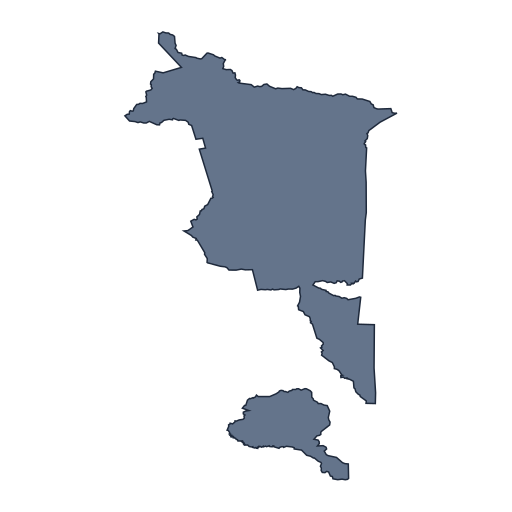 Kasena Nankana West, Upper East, Ghana (Equal Earth projection), rotated 92°
{"feature_id": "2480657B70680953475259", "entity_name": "Kasena Nankana West", "entity_type": "district", "adm_level": 2, "iso_a3": "GHA", "parent_name": "Ghana", "parent_adm1": "Upper East", "projection": "equal_earth", "projection_center": [-1.202, 10.874], "detail": "fine", "context": "isolated", "style": "filled", "palette": "slate", "viewbox_px": 512, "rotation_deg": 92, "n_neighbors": 0, "source": "geoboundaries", "source_scale": "gbopen_adm2", "svg_char_len": 6066}
<svg xmlns="http://www.w3.org/2000/svg" viewBox="0 0 512 512"><g transform="rotate(92 256 256)"><path d="M120.5,391.9L125.5,387.1L125.9,381.5L126.8,378.6L126.0,376.4L127.0,372.8L126.9,370.3L125.2,367.3L128.3,359.7L128.3,357.0L126.4,356.6L125.9,355.1L123.6,352.7L122.4,347.6L122.8,344.2L121.8,344.0L121.4,343.3L123.2,337.8L122.7,336.8L122.9,331.1L124.7,328.4L126.7,327.8L127.8,324.9L141.4,320.1L140.2,313.3L149.9,310.2L151.2,316.4L192.6,302.0L193.1,302.5L196.3,300.9L198.1,301.5L198.9,300.8L199.7,301.7L199.9,303.1L206.3,306.1L208.0,309.0L210.6,309.7L211.4,311.6L212.7,312.1L212.9,313.3L216.4,313.9L219.0,316.5L221.1,316.0L222.0,317.3L221.5,319.1L223.5,322.4L229.2,320.0L233.0,325.0L233.5,328.9L237.8,321.2L239.3,319.9L240.6,316.3L242.1,316.7L242.2,315.2L254.5,307.3L256.1,307.5L260.3,304.6L264.1,304.7L264.5,304.2L267.5,291.3L267.9,286.5L268.7,284.6L271.0,282.5L270.8,275.3L269.6,270.2L270.2,266.2L269.8,259.1L290.1,253.2L289.2,249.8L289.4,245.5L289.0,243.5L289.4,239.9L288.5,238.3L289.2,236.8L288.7,232.1L288.1,230.7L288.5,225.0L287.9,222.6L287.8,218.3L286.7,214.8L284.8,212.2L286.6,211.0L290.9,211.0L294.8,210.1L300.7,210.9L304.4,212.7L304.9,212.0L308.2,211.5L309.9,206.7L313.0,205.0L314.8,200.5L316.7,199.6L318.9,199.5L319.4,198.5L320.8,199.2L322.1,197.2L336.0,192.3L337.1,189.7L340.1,185.9L341.7,185.7L343.6,187.4L344.9,187.0L345.6,188.3L348.1,185.6L349.6,187.3L350.9,186.5L352.8,187.0L358.2,179.5L359.8,176.0L364.0,173.8L365.8,173.8L366.4,171.2L367.7,169.1L371.4,166.4L372.0,166.7L372.2,165.7L372.8,167.1L374.5,166.9L374.0,164.4L375.1,163.1L374.7,160.8L375.1,160.2L375.5,160.5L376.0,158.0L377.8,154.3L384.4,153.5L385.3,152.4L388.2,151.5L390.5,149.1L391.4,147.3L392.8,146.9L397.0,140.7L399.4,140.9L399.3,131.6L388.6,131.7L363.9,134.1L320.5,135.3L320.6,152.0L293.6,149.9L293.3,151.2L294.8,154.8L296.5,162.5L295.2,163.9L294.6,166.4L295.2,168.7L293.6,171.5L293.2,174.8L292.6,175.6L292.9,177.0L290.5,181.9L289.3,182.8L289.0,184.7L287.9,184.8L287.0,189.4L286.0,190.4L285.8,192.3L283.0,198.1L279.6,195.9L279.5,193.2L278.3,188.6L278.9,185.7L280.0,183.9L279.3,180.4L280.6,176.9L279.9,174.9L278.0,174.0L278.3,171.8L279.4,170.4L278.8,169.0L278.0,168.7L277.6,166.7L280.4,163.8L281.8,163.9L281.7,160.6L280.4,159.6L280.4,158.7L279.9,159.2L279.8,157.0L277.6,155.6L278.3,154.8L277.9,153.1L275.4,152.0L274.4,148.9L216.2,148.0L208.8,147.3L178.5,148.5L167.1,149.6L144.1,149.2L143.7,150.1L141.1,150.4L140.7,151.5L139.8,151.8L137.9,150.4L137.2,151.1L134.8,148.9L131.8,148.5L129.7,149.4L129.0,148.3L126.7,147.6L117.9,136.6L108.3,120.1L108.5,122.4L108.0,124.9L104.0,126.4L104.9,139.2L104.6,140.7L103.6,143.3L100.8,144.2L100.0,146.1L97.6,147.6L95.4,155.4L95.5,160.2L93.9,161.6L93.0,165.2L93.1,168.0L91.1,172.2L91.8,174.9L91.1,176.7L91.3,180.1L93.7,184.9L92.8,186.2L93.0,188.4L91.9,192.2L92.4,196.4L91.5,198.7L91.5,201.8L90.5,203.8L90.8,205.0L89.8,206.7L89.7,209.2L88.3,212.5L88.3,214.9L86.3,216.5L86.2,219.0L85.4,220.8L87.1,222.0L88.4,224.2L87.2,227.3L87.8,235.9L87.4,240.1L88.2,242.2L85.9,248.4L83.7,251.1L84.3,254.1L86.3,256.3L86.6,258.2L86.1,260.3L87.3,263.6L84.9,266.8L83.8,278.8L83.3,279.8L82.6,278.4L81.2,278.2L80.5,279.0L81.0,280.4L80.6,281.5L78.5,283.0L75.9,282.8L73.7,283.5L74.0,285.3L71.5,286.5L70.5,288.1L70.8,292.3L69.9,295.7L67.6,294.9L64.8,295.4L61.1,293.6L60.8,292.8L60.9,294.1L58.8,297.1L59.5,298.9L57.5,304.2L56.4,305.5L54.8,311.0L55.0,312.1L60.7,317.1L61.0,318.5L60.3,322.3L59.8,322.9L58.9,330.5L57.6,333.8L58.1,335.2L57.8,336.8L55.9,337.4L55.3,341.1L52.2,342.8L51.5,344.1L48.3,343.2L46.2,344.3L39.4,345.1L38.0,347.0L37.5,349.5L36.2,351.1L36.2,353.9L35.3,356.9L37.3,359.7L37.0,361.1L37.5,360.7L46.6,360.8L70.1,337.1L76.2,355.2L74.8,363.0L76.8,363.5L77.9,364.6L82.6,364.6L85.5,367.2L87.9,367.4L88.4,366.6L90.5,366.7L92.1,365.6L93.8,367.0L95.1,371.2L95.8,371.8L99.0,370.9L100.6,371.7L101.2,371.2L105.8,370.8L107.5,374.6L107.5,377.3L108.5,378.7L108.7,380.5L112.9,383.3L115.2,383.7L115.6,384.8L115.1,386.7L116.2,387.5L118.6,387.6L118.9,389.7L120.5,391.9ZM447.4,252.6L447.9,250.6L447.4,249.5L448.1,249.0L448.2,247.6L447.1,247.8L446.3,246.8L447.0,246.7L446.1,245.3L446.9,243.9L445.9,242.1L446.5,242.0L445.7,239.8L446.2,238.8L445.2,236.2L445.9,236.0L446.1,234.0L446.0,232.7L445.1,232.5L445.2,231.5L446.1,231.2L447.4,226.3L446.3,225.4L445.7,223.7L445.6,222.1L446.3,221.7L445.1,219.0L445.6,213.1L446.3,211.1L447.5,211.1L448.4,203.7L453.4,198.4L454.2,194.5L455.9,191.6L455.8,190.7L458.9,186.7L460.0,183.9L461.1,183.3L463.9,184.3L465.6,183.3L468.1,183.4L470.0,182.2L470.1,179.5L468.8,177.9L469.3,175.9L473.3,174.0L473.7,172.0L476.0,171.3L476.7,166.5L476.0,162.2L476.5,159.0L476.0,156.7L475.0,155.7L460.6,156.5L460.4,159.9L459.5,162.4L454.5,168.5L453.0,176.9L452.1,178.8L448.6,181.0L446.4,178.7L444.7,179.3L443.2,182.3L443.7,188.0L441.3,186.2L439.4,186.4L437.8,187.5L437.1,191.7L433.6,188.8L433.0,186.3L432.1,185.0L429.9,185.1L429.0,184.5L422.3,176.5L419.4,176.2L417.1,177.6L414.8,178.1L408.5,176.9L403.0,179.6L402.6,182.9L401.2,185.9L401.3,188.7L400.0,189.5L398.1,193.5L396.8,193.8L395.2,195.3L390.3,195.6L388.7,197.2L386.9,201.1L386.9,202.6L388.5,206.2L387.2,208.8L387.3,210.7L388.0,211.6L388.1,214.9L389.1,215.5L389.8,218.0L391.2,219.4L390.4,222.0L390.5,223.2L389.6,224.3L389.4,226.3L390.1,227.9L391.1,228.4L393.0,231.1L396.0,237.4L396.4,248.9L395.0,250.7L396.8,251.6L398.1,253.8L397.7,254.1L398.8,256.6L398.6,257.5L400.4,259.5L405.6,261.0L405.7,262.2L408.6,264.3L410.7,257.8L411.3,260.8L412.5,263.2L414.2,263.2L415.3,261.5L416.3,262.4L418.5,262.0L419.7,263.3L420.4,267.1L421.7,269.9L421.5,271.2L422.6,271.3L424.6,273.5L424.0,276.0L424.8,276.1L425.7,277.5L427.2,277.3L431.1,278.8L431.3,277.7L433.2,276.2L434.8,276.5L434.8,275.4L435.7,275.6L435.9,274.7L436.3,275.3L436.6,274.2L436.9,274.9L437.6,274.8L437.7,274.2L436.9,273.6L437.0,272.8L437.6,272.8L437.5,272.2L438.1,271.6L438.5,272.0L438.9,270.0L440.0,269.4L440.2,268.1L441.5,267.6L441.3,263.6L441.8,264.0L442.2,262.7L442.7,262.7L442.6,262.0L443.0,261.7L443.1,262.5L444.6,260.6L444.8,261.5L445.4,261.0L445.2,257.7L446.6,256.2L447.0,253.7L446.7,252.6L447.4,252.6Z" fill="#64748b" stroke="#1e293b" stroke-width="1.5"/></g></svg>